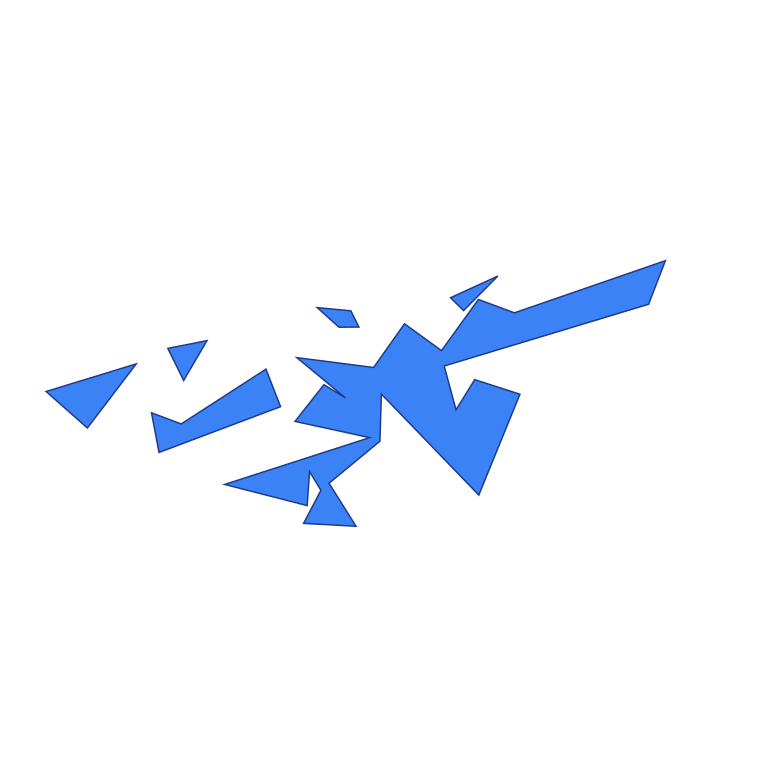 the border of Shetland Islands, rotated 244°
{"feature_id": "GBR-2747", "entity_name": "Shetland Islands", "entity_type": "Unitary District (city)", "adm_level": 1, "iso_a3": "GBR", "parent_name": "United Kingdom", "parent_adm1": "", "projection": "albers", "projection_center": [-1.232, 60.181], "detail": "coarse", "context": "isolated", "style": "filled", "palette": "blue", "viewbox_px": 768, "rotation_deg": 244, "n_neighbors": 0, "source": "natural_earth", "source_scale": "10m", "svg_char_len": 774}
<svg xmlns="http://www.w3.org/2000/svg" viewBox="0 0 768 768"><g transform="rotate(244 384 384)"><path d="M388.4,343.3L445.9,317.2L403.4,381.9L429.1,428.8L388.8,450.3L418.6,505.9L390.8,532.4L371.5,691.0L339.7,656.8L373.8,446.0L329.2,437.4L348.2,467.4L315.2,501.7L242.6,420.5L376.1,377.2L334.4,355.3L318.9,291.1L268.4,296.5L294.0,250.6L316.1,280.7L337.9,278.7L308.4,261.6L363.6,196.7L342.1,347.6L389.4,287.6L409.7,329.7L388.4,343.3ZM460.0,162.4L437.0,184.2L449.1,284.4L409.0,281.1L421.1,151.8L460.0,162.4ZM510.7,170.1L474.5,98.1L525.4,77.0L510.7,170.1ZM510.8,205.3L500.6,243.9L475.0,205.5L510.8,205.3ZM432.4,481.6L431.1,533.7L415.1,487.7L432.4,481.6ZM481.9,357.5L464.3,386.3L446.2,386.4L454.8,368.4L481.9,357.5Z" fill="#3b82f6" stroke="#1e3a8a" stroke-width="1.5"/></g></svg>